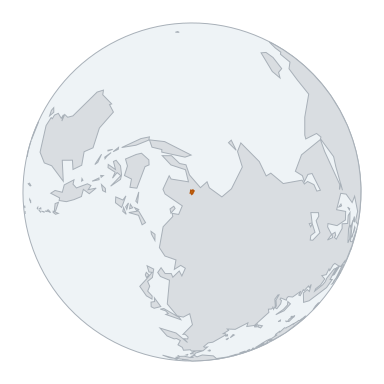 Phitsanulok highlighted on a globe, orthographic projection, rotated 154°
{"feature_id": "THA-396", "entity_name": "Phitsanulok", "entity_type": "Province", "adm_level": 1, "iso_a3": "THA", "parent_name": "Thailand", "parent_adm1": "", "projection": "orthographic", "projection_center": [100.549, 17.027], "detail": "fine", "context": "on_globe", "style": "filled", "palette": "amber", "viewbox_px": 384, "rotation_deg": 154, "n_neighbors": 0, "source": "natural_earth", "source_scale": "10m", "svg_char_len": 10930}
<svg xmlns="http://www.w3.org/2000/svg" viewBox="0 0 384 384"><g transform="rotate(154 192 192)"><circle cx="192" cy="192" r="169" fill="#eef3f6" stroke="#a8b0b8"/><path d="M351.6,245.4L351.3,246.5L351.2,246.7L351.6,245.4ZM266.1,40.1L268.0,41.7L274.5,45.6L268.8,42.6L284.8,52.8L290.0,58.3L280.7,50.2L277.2,48.2L279.1,50.7L275.9,49.1L275.0,49.6L271.0,47.8L265.8,43.8L263.1,42.7L264.7,44.6L261.6,44.3L259.8,41.6L254.2,41.0L244.7,35.4L243.0,31.6L234.4,28.8L228.6,27.0L241.4,30.4L253.9,34.8L266.1,40.1ZM279.9,49.0L278.5,47.7L280.9,49.6L279.9,49.0ZM275.5,50.1L277.0,51.0L275.9,50.9L275.5,50.1ZM268.8,48.1L266.6,47.9L267.9,47.4L268.8,48.1ZM264.7,47.4L259.5,47.5L262.3,49.4L251.6,44.5L259.6,45.7L260.8,44.6L262.1,46.2L264.7,47.4ZM227.0,26.7L227.6,26.8L222.9,25.9L226.3,26.7L220.3,25.7L217.1,25.0L217.6,25.0L214.9,24.7L214.0,24.5L227.0,26.7ZM246.6,41.9L244.6,41.6L245.7,41.2L246.6,41.9ZM210.7,24.1L211.5,24.2L206.5,23.7L207.8,23.8L210.7,24.1ZM230.2,27.6L230.1,27.9L225.3,27.0L224.6,27.1L220.3,25.7L230.2,27.6ZM205.6,23.6L206.1,23.6L204.0,23.5L201.0,23.3L204.3,23.5L205.6,23.6ZM213.9,24.5L214.2,24.6L212.4,24.4L213.9,24.5ZM192.4,23.0L193.1,23.1L189.8,23.1L192.4,23.0ZM203.4,23.5L204.4,23.6L205.1,23.7L203.1,23.7L203.4,23.5ZM217.2,25.4L215.1,25.1L218.7,25.9L215.2,25.6L212.9,24.8L212.4,25.0L211.4,24.9L210.7,24.5L217.2,25.4ZM203.2,24.0L199.1,23.4L193.2,23.2L192.3,23.1L201.9,23.5L203.2,24.0ZM207.7,24.3L204.7,24.0L205.0,23.9L207.3,23.9L207.7,24.3ZM213.6,25.7L219.6,26.4L219.9,26.5L213.6,25.7ZM201.4,23.9L202.4,24.1L200.9,23.9L201.4,23.9ZM209.8,25.1L211.8,25.2L212.1,25.4L209.8,25.1ZM202.7,24.5L201.4,24.2L202.9,24.2L202.7,24.5ZM205.9,24.8L205.8,25.0L204.2,24.3L206.8,24.8L205.9,24.8ZM209.7,25.3L210.5,25.4L208.8,25.2L209.7,25.3ZM197.8,25.0L195.5,24.1L198.8,23.9L200.6,24.7L197.8,25.0ZM57.2,90.1L57.7,93.3L56.9,95.4L51.6,102.0L47.7,116.9L52.7,112.3L54.4,122.5L58.9,125.6L69.8,112.7L62.4,107.2L66.4,99.6L76.4,98.2L83.6,104.0L85.4,101.2L85.2,92.6L91.3,89.4L85.7,89.4L84.6,92.7L81.1,93.1L81.8,90.1L83.9,88.9L83.0,86.4L73.1,93.4L71.0,97.6L65.9,95.5L61.9,102.4L59.0,104.3L64.6,93.4L67.4,90.3L74.2,77.9L70.7,80.9L64.1,93.0L64.2,91.3L59.5,96.3L63.1,91.3L71.3,78.0L69.6,77.0L59.8,86.8L59.9,86.7L74.7,70.4L73.1,72.4L77.1,68.8L84.3,62.1L82.9,63.8L85.5,61.7L85.1,62.9L91.1,59.8L91.7,60.8L100.3,55.4L101.8,55.4L96.2,58.5L92.7,61.5L94.9,65.2L97.2,64.6L102.7,61.0L102.6,62.8L107.6,58.9L112.0,59.9L110.8,55.6L117.2,52.1L123.3,50.8L125.2,49.1L115.3,51.3L111.5,53.0L108.6,55.5L98.2,60.5L96.0,60.3L106.2,52.8L104.3,51.9L113.0,47.1L134.4,42.9L140.1,43.9L136.2,52.4L131.2,53.8L130.1,51.2L125.3,56.7L128.5,54.7L128.5,56.5L134.5,54.2L134.8,55.4L140.2,51.4L141.2,52.6L137.7,55.1L147.6,53.5L151.3,55.8L153.4,55.0L154.6,53.4L158.6,57.8L159.9,57.0L159.2,55.2L161.4,52.6L166.9,49.9L168.0,51.5L166.1,52.7L163.9,58.0L158.8,61.4L159.8,61.8L164.5,59.4L167.2,52.8L170.2,50.8L169.6,53.7L170.1,52.5L171.9,52.0L174.7,53.2L175.7,50.1L194.4,44.7L201.7,47.1L199.1,49.9L213.3,49.6L220.4,53.4L219.7,51.6L226.0,51.0L223.8,49.7L224.0,48.8L239.2,47.9L243.6,49.3L249.3,47.9L249.0,47.1L246.0,45.9L251.6,44.5L262.3,49.4L262.6,50.9L269.0,53.5L268.8,56.6L271.6,60.8L267.6,63.6L270.1,67.1L272.4,67.8L277.5,73.5L280.4,83.7L268.2,72.3L262.0,58.7L263.6,63.7L260.3,61.8L259.1,63.3L260.6,67.2L262.5,68.0L249.8,72.5L247.4,83.6L254.7,83.4L259.6,87.2L263.3,102.2L250.9,122.6L257.4,129.9L258.1,134.7L253.0,137.5L251.9,130.5L246.4,127.8L246.6,123.8L238.1,126.6L237.9,121.0L231.4,126.4L234.3,131.0L241.8,130.2L236.2,138.0L244.4,146.3L245.7,156.3L233.2,173.4L220.0,178.4L219.2,181.5L213.8,177.7L206.8,183.8L217.1,202.0L216.9,207.2L205.4,216.6L205.1,212.8L190.7,202.7L188.1,214.9L199.1,225.6L202.8,237.7L194.5,233.6L190.6,223.0L185.5,219.1L186.8,208.4L182.5,192.2L174.0,194.6L174.6,188.2L167.3,174.5L155.1,177.6L135.8,192.4L133.3,208.5L126.6,214.7L118.2,189.9L118.3,173.9L112.9,174.4L106.3,159.6L87.9,154.4L87.5,149.9L83.5,150.8L79.2,145.2L79.4,138.1L75.8,137.3L76.0,156.0L80.1,157.0L86.5,152.0L85.6,158.3L90.0,165.3L77.3,177.4L53.6,182.9L55.0,170.5L55.9,133.8L57.9,130.6L58.1,130.2L58.3,129.5L54.6,134.4L56.0,127.6L51.6,151.8L49.2,161.7L53.2,183.5L52.0,184.9L54.4,190.0L66.5,189.8L65.7,193.7L57.8,209.9L44.2,228.8L48.2,246.4L50.8,260.2L47.0,265.8L52.1,277.0L50.9,278.8L54.0,284.9L55.7,289.7L56.8,293.0L55.1,291.0L47.8,280.1L41.4,268.7L35.9,256.8L31.4,244.5L27.8,231.8L25.2,219.0L25.1,218.3L25.0,217.8L23.3,200.8L23.2,183.6L23.3,182.7L23.4,181.2L24.6,169.0L26.7,156.8L29.7,144.9L33.6,133.2L38.3,121.8L43.9,110.8L50.2,100.2L57.2,90.1ZM87.4,118.0L94.2,121.4L97.6,111.5L100.5,112.2L100.6,108.7L97.8,110.8L99.1,101.9L104.3,100.8L106.8,97.0L104.6,95.7L94.9,99.3L93.0,111.8L88.7,114.6L87.4,118.0ZM100.2,50.7L97.9,52.4L94.9,54.3L94.2,54.3L98.6,51.4L100.2,50.7ZM95.4,54.5L105.6,47.9L106.5,48.0L104.3,49.0L103.8,49.7L100.1,51.6L90.9,58.8L87.7,61.0L88.1,59.0L89.8,58.3L91.9,56.4L95.4,54.5ZM130.3,34.9L134.8,33.2L130.9,35.5L127.2,36.9L126.2,36.7L130.0,34.9L130.3,34.9ZM200.8,23.3L199.5,23.2L197.2,23.1L197.5,23.1L200.8,23.3ZM196.6,23.1L194.4,23.1L193.8,23.0L196.6,23.1ZM169.0,24.6L170.7,24.4L170.8,24.4L176.9,24.0L184.3,23.5L186.7,23.6L183.9,23.8L188.2,23.8L184.6,24.4L186.3,24.5L184.3,25.5L178.0,26.3L180.3,26.4L178.9,27.5L173.7,28.5L175.1,27.4L168.4,29.4L167.2,28.5L166.5,28.8L163.5,28.7L158.7,29.2L158.9,28.7L157.0,29.2L155.0,29.3L152.4,29.8L151.8,29.3L148.6,30.0L150.2,29.4L144.7,30.8L148.5,29.6L146.3,29.9L143.8,30.9L146.2,29.4L169.0,24.6ZM197.0,25.2L189.7,25.8L185.4,25.7L190.6,24.1L189.6,23.9L192.8,23.3L198.9,23.5L197.4,23.6L197.4,23.8L195.5,23.6L197.0,23.9L195.1,24.1L195.7,24.5L193.2,24.5L197.0,25.2ZM59.2,93.6L59.1,94.6L59.8,95.4L56.8,98.8L59.2,93.6ZM64.5,84.6L64.9,84.7L61.0,89.4L61.1,88.5L64.5,84.6ZM68.5,81.1L65.3,84.4L67.0,82.1L68.5,81.1ZM97.0,58.6L97.8,58.8L96.6,59.7L94.6,60.8L97.0,58.6ZM153.7,36.0L155.1,35.0L156.2,34.9L161.7,33.1L163.0,33.8L160.2,35.2L153.7,36.0ZM66.6,114.2L63.4,115.9L63.6,114.1L64.6,113.8L66.6,114.2ZM58.4,106.9L58.7,110.2L57.6,107.8L58.4,106.9ZM156.1,36.5L158.2,35.6L157.5,36.6L156.1,36.5ZM164.3,34.4L164.1,35.4L163.8,33.7L164.3,34.4ZM133.5,341.1L136.9,342.9L134.5,342.5L133.5,341.1ZM67.0,265.1L68.9,286.8L64.3,285.0L60.2,277.4L57.3,263.6L61.7,261.6L62.9,255.9L67.0,265.1ZM244.6,265.1L249.5,265.7L249.3,266.4L244.6,265.1ZM239.6,262.7L245.2,262.8L238.5,264.3L239.6,262.7ZM247.4,262.9L253.1,261.3L255.6,260.0L255.1,261.6L247.4,262.9ZM235.7,262.8L214.5,262.4L206.1,260.2L208.1,257.6L221.8,258.6L235.7,262.8ZM207.4,257.5L194.5,249.3L176.6,225.6L183.0,226.4L201.7,241.1L200.5,243.4L208.3,249.8L207.4,257.5ZM238.6,243.7L237.3,250.8L225.7,250.2L220.4,249.0L216.7,239.8L218.7,235.2L223.1,235.4L239.9,219.6L245.7,223.4L240.7,230.2L245.5,236.4L238.6,243.7ZM134.0,210.1L137.6,220.3L134.0,221.4L134.0,210.1ZM246.5,208.4L239.8,215.4L245.8,206.0L246.5,208.4ZM249.9,199.5L250.4,203.1L247.6,199.7L249.9,199.5ZM219.2,186.4L214.6,187.2L214.4,184.6L220.2,182.3L219.2,186.4ZM246.6,164.7L246.9,172.1L246.1,174.6L243.8,170.2L246.6,164.7ZM170.5,45.0L161.4,46.4L155.7,48.6L153.9,51.5L152.6,48.3L161.3,44.9L170.5,45.0ZM191.3,44.4L192.8,42.4L194.8,43.2L194.7,43.8L191.3,44.4ZM190.4,43.2L187.4,40.9L189.9,39.8L191.8,41.8L190.4,43.2ZM171.4,37.8L168.6,38.1L169.2,37.2L171.4,37.8ZM313.0,309.7L312.9,310.0L308.2,314.6L302.5,319.8L298.9,322.5L313.0,309.7ZM279.3,328.4L281.3,324.2L286.6,322.9L282.6,327.0L279.3,328.4ZM314.3,308.6L316.8,305.8L321.2,300.8L324.8,295.7L321.9,300.0L322.4,299.5L314.3,308.6ZM265.7,312.6L233.5,323.4L226.9,322.4L229.6,318.5L225.6,306.4L227.8,306.7L227.6,298.3L247.2,290.1L261.6,275.1L271.3,275.5L279.4,264.4L289.1,264.4L285.5,273.0L294.7,277.4L303.0,258.1L306.6,277.1L312.0,282.9L311.1,294.4L294.0,315.7L286.0,320.6L285.4,319.1L281.9,321.4L277.7,321.3L277.2,315.6L273.6,317.8L277.9,312.8L272.4,317.5L271.0,313.7L265.7,312.6ZM334.0,268.3L334.8,268.4L335.6,271.2L334.2,271.2L334.0,268.3ZM349.2,250.8L349.0,252.1L348.3,253.1L349.2,250.8ZM351.2,246.7L350.4,248.1L351.6,245.4L351.2,246.7ZM341.2,255.1L341.5,256.1L341.0,256.7L341.2,255.1ZM340.9,254.8L341.8,252.7L341.4,254.6L340.9,254.8ZM337.4,245.8L338.1,244.6L338.3,245.3L337.4,245.8ZM256.7,265.6L263.7,259.9L267.3,259.3L256.7,265.6ZM336.6,243.8L334.9,244.1L335.2,243.0L336.6,243.8ZM336.9,241.3L336.8,239.8L337.6,243.1L336.9,241.3ZM333.8,238.7L335.8,240.9L333.6,239.1L333.8,238.7ZM332.5,239.4L331.0,238.5L331.1,238.1L332.5,239.4ZM313.6,244.8L319.5,252.8L314.4,253.4L308.7,248.6L303.7,254.4L292.7,254.7L295.5,251.2L294.1,246.3L282.4,245.2L280.0,242.1L284.3,239.6L276.4,237.5L285.1,235.5L288.5,242.0L293.4,236.4L301.5,236.9L309.2,238.4L315.1,242.6L313.6,244.8ZM284.9,250.3L286.4,250.2L285.0,252.3L284.9,250.3ZM328.1,235.5L330.3,238.3L330.0,239.1L328.9,238.9L328.1,235.5ZM316.5,241.3L322.9,234.8L324.4,234.7L320.1,241.6L316.5,241.3ZM321.5,231.4L324.4,231.8L325.8,234.6L325.2,235.6L321.5,231.4ZM267.2,245.0L266.8,246.9L264.5,245.6L267.2,245.0ZM270.1,243.8L277.0,245.5L269.5,245.4L270.1,243.8ZM248.8,237.9L250.8,242.3L257.4,239.3L252.4,243.5L256.8,250.7L255.2,253.5L250.9,245.7L249.2,253.9L246.3,253.8L244.8,246.8L247.8,238.3L250.7,234.7L262.6,232.9L248.8,237.9ZM270.1,238.4L268.3,233.3L269.7,229.8L271.7,232.4L270.1,238.4ZM262.7,221.0L257.6,215.1L253.1,217.5L262.0,208.9L265.5,215.9L262.7,221.0ZM258.1,207.8L253.9,210.0L258.2,205.0L258.1,207.8ZM252.8,208.0L252.2,203.8L255.5,204.3L252.8,208.0ZM260.3,208.0L260.9,200.8L262.7,205.0L260.3,208.0ZM250.3,194.5L257.8,201.2L248.3,198.4L247.2,184.8L251.2,184.4L250.3,194.5ZM268.3,139.8L267.0,136.1L270.4,135.2L270.3,138.0L268.3,139.8ZM280.3,130.1L270.8,133.8L263.1,137.3L265.8,139.0L264.7,145.4L260.2,139.5L265.1,132.5L271.1,131.1L271.3,125.9L275.3,122.3L273.4,116.0L274.9,113.3L278.5,118.7L280.3,130.1ZM272.2,113.4L270.3,102.7L277.0,104.1L279.0,106.8L277.1,111.0L273.6,109.9L272.2,113.4ZM271.8,100.6L268.4,99.6L258.4,84.7L258.0,82.1L269.2,93.4L266.6,93.2L267.9,96.9L271.8,100.6ZM245.6,42.4L244.7,41.7L246.5,42.4L245.6,42.4ZM222.6,48.2L223.1,47.1L225.3,47.8L222.6,48.2ZM225.7,44.7L222.9,44.7L225.4,44.0L225.7,44.7ZM216.7,44.9L221.5,44.3L217.5,45.9L216.7,44.9Z" fill="#d9dde1" stroke="#a8b0b8" stroke-width="1"/><path d="M193.1,190.0L193.0,190.3L192.9,190.3L193.0,190.4L193.1,190.5L192.9,190.7L193.0,190.8L193.0,191.0L193.3,191.1L193.4,191.3L193.5,191.3L193.5,191.5L193.4,191.8L193.4,192.0L193.4,192.3L193.5,192.3L193.4,192.4L193.3,192.5L193.2,192.5L193.0,192.8L193.0,193.0L192.9,193.1L192.8,193.3L192.8,193.5L192.7,193.6L192.5,193.8L192.4,193.8L192.3,194.0L192.1,193.8L192.1,193.7L192.0,193.4L191.9,193.4L191.8,193.5L191.7,193.5L191.7,193.4L191.5,193.5L191.4,193.5L191.2,193.5L191.2,193.4L190.9,193.4L190.8,193.5L190.7,193.5L190.5,193.4L190.4,193.4L190.2,193.3L190.2,193.2L190.3,193.0L190.3,192.9L190.2,192.9L190.2,192.7L190.3,192.5L190.5,192.5L190.5,192.4L190.8,192.4L190.8,192.2L190.7,192.1L190.4,191.8L190.3,191.7L190.2,191.7L190.3,191.6L190.5,191.6L190.9,191.5L191.0,191.5L191.2,191.4L191.2,191.2L191.3,191.0L191.7,190.9L191.8,190.9L192.0,190.9L192.2,190.7L192.3,190.6L192.5,190.5L192.6,190.4L192.8,190.2L193.0,190.0L193.1,190.0Z" fill="#f59e0b" stroke="#b45309" stroke-width="1.5"/></g></svg>